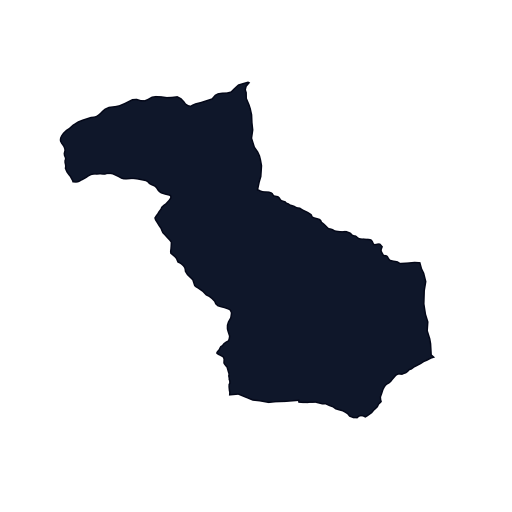 Jaray, Lhuntshi, Bhutan (Equal Earth projection), rotated 252°
{"feature_id": "84629894B50145764455889", "entity_name": "Jaray", "entity_type": "district", "adm_level": 2, "iso_a3": "BTN", "parent_name": "Bhutan", "parent_adm1": "Lhuntshi", "projection": "equal_earth", "projection_center": [91.09, 27.454], "detail": "fine", "context": "isolated", "style": "filled", "palette": "ink", "viewbox_px": 512, "rotation_deg": 252, "n_neighbors": 0, "source": "geoboundaries", "source_scale": "gbopen_adm2", "svg_char_len": 5606}
<svg xmlns="http://www.w3.org/2000/svg" viewBox="0 0 512 512"><g transform="rotate(252 256 256)"><path d="M428.6,106.8L427.3,106.1L426.4,105.8L425.4,105.7L424.4,105.9L423.2,106.1L422.4,106.4L421.1,106.8L420.1,107.1L419.1,107.3L418.0,107.3L417.3,107.4L416.3,107.2L415.6,107.1L414.7,106.6L412.8,105.4L411.4,105.1L410.7,105.0L409.7,105.1L409.0,105.2L407.6,105.1L406.7,104.7L405.5,103.8L404.7,103.6L403.8,103.3L402.3,103.2L400.5,102.9L399.2,102.4L398.4,101.9L397.7,102.0L396.7,102.0L394.2,102.3L391.1,103.3L389.1,104.1L386.8,104.5L384.2,105.0L383.2,104.9L382.4,106.7L382.1,107.5L381.8,108.7L381.7,110.2L381.8,111.0L382.0,112.0L382.3,113.2L382.4,114.4L382.7,115.9L382.9,117.0L383.2,118.4L383.5,119.5L384.0,121.1L384.2,122.1L384.4,123.4L384.5,124.7L384.3,126.2L384.1,127.1L383.9,128.1L383.5,129.1L383.2,129.8L383.0,130.6L382.7,132.0L382.5,133.0L382.2,133.8L381.7,134.8L381.4,135.5L381.1,136.3L380.8,137.1L380.6,138.4L380.7,139.2L380.4,140.6L379.9,142.0L379.5,143.3L378.4,145.3L374.2,149.8L371.6,152.2L370.4,154.0L369.5,156.5L368.8,159.4L368.4,161.2L367.7,163.4L366.1,166.9L363.0,172.5L361.6,174.9L359.5,176.5L358.0,177.0L356.2,178.7L355.0,180.1L353.8,181.4L352.4,182.2L351.2,182.7L348.8,183.3L347.1,184.1L345.4,185.4L343.1,188.6L340.7,192.5L339.9,193.3L338.7,193.4L337.5,192.9L335.7,190.6L333.3,186.3L332.7,184.2L331.4,181.4L329.9,180.2L327.9,177.3L326.4,175.7L325.3,174.0L323.4,171.7L321.4,171.7L317.5,172.7L314.9,173.3L311.6,174.3L309.4,174.4L306.9,174.7L304.3,176.0L301.3,177.3L297.7,179.0L295.4,179.8L294.2,179.4L291.3,178.3L289.1,177.4L286.8,176.3L285.0,175.9L282.4,177.5L280.5,178.7L278.1,179.7L276.2,179.8L274.3,180.0L273.1,181.4L271.5,182.7L269.2,184.0L267.0,184.7L265.2,184.6L263.2,184.2L259.5,185.1L256.1,186.9L252.9,188.6L250.7,188.6L248.7,188.6L246.8,188.6L245.4,189.4L243.6,191.0L238.8,194.6L234.4,196.7L232.1,199.1L229.3,201.0L225.7,202.8L223.0,203.0L220.5,204.4L218.6,207.1L216.8,210.0L214.2,213.4L212.8,214.8L211.5,215.0L209.6,215.2L208.3,214.6L206.4,213.7L204.8,212.8L201.8,209.5L199.0,207.5L196.1,206.5L195.1,206.3L192.8,206.2L189.4,206.2L188.0,206.2L185.9,205.2L184.9,204.5L183.8,203.7L183.3,201.0L182.5,198.5L181.1,196.4L180.6,194.5L179.5,193.3L178.3,192.2L177.3,190.5L176.4,189.2L175.7,188.8L175.0,189.2L173.9,190.1L173.0,191.1L171.2,192.8L170.2,193.7L167.9,193.9L164.2,192.5L163.1,192.7L160.8,193.5L159.3,194.2L157.0,194.1L154.1,194.0L152.1,194.0L150.4,193.1L149.6,193.0L148.0,192.8L146.9,192.4L145.4,192.5L143.2,191.9L142.1,190.8L139.9,190.0L136.4,189.2L134.4,189.0L132.1,188.1L130.2,196.5L120.0,208.5L117.2,214.8L112.9,222.8L111.5,229.4L108.8,238.7L105.6,252.0L103.8,251.7L102.4,255.1L101.4,258.2L100.9,259.4L100.4,261.9L99.3,265.3L98.7,267.5L97.9,268.7L96.6,270.8L94.9,273.5L94.0,276.6L91.2,279.6L88.7,282.8L86.1,284.6L84.1,287.5L82.0,290.7L80.0,292.6L77.7,294.5L74.8,295.6L72.2,298.8L71.0,302.3L71.9,304.1L71.9,305.9L71.3,307.8L70.2,309.3L69.2,310.2L69.6,312.1L70.7,315.6L71.3,317.5L73.2,320.5L73.9,322.2L75.2,324.8L77.3,326.8L78.4,329.2L78.9,330.0L80.9,330.1L83.5,330.7L86.2,332.8L89.8,335.4L91.5,337.1L93.1,339.1L93.8,340.8L94.3,343.3L95.2,345.4L96.6,347.4L97.9,349.6L99.4,352.1L99.8,353.8L99.8,355.3L99.1,356.9L98.5,358.3L98.7,360.2L98.7,362.3L99.4,364.4L100.6,366.6L100.6,368.8L101.7,372.0L102.0,374.2L102.5,377.0L102.9,379.4L103.9,383.0L104.1,386.2L104.9,390.9L104.9,393.7L107.8,392.0L110.7,392.8L118.6,394.9L123.5,395.6L132.0,395.7L140.2,399.0L148.2,399.1L158.6,400.8L171.1,405.3L179.2,409.5L187.8,410.1L192.7,409.4L198.9,409.7L200.8,404.9L202.4,397.8L204.3,390.6L206.7,388.6L207.7,386.8L208.6,385.0L209.9,382.9L210.5,382.0L211.5,381.5L212.8,381.1L214.4,380.8L215.2,380.5L215.8,380.0L216.4,379.0L216.9,377.7L217.4,377.2L218.2,377.2L219.3,376.9L220.7,376.7L221.5,376.5L222.5,376.6L223.5,377.0L224.6,377.8L225.8,378.8L227.2,378.2L228.7,377.6L229.4,376.6L229.7,375.0L229.8,373.6L230.3,371.7L231.2,371.3L233.9,371.0L235.5,370.4L236.1,369.7L237.0,368.0L237.6,366.3L238.1,365.0L238.9,363.3L239.1,362.3L239.8,360.8L240.8,359.1L241.7,358.4L242.6,357.8L243.4,357.4L244.3,356.6L244.8,355.5L245.9,354.0L247.0,353.4L248.3,352.9L249.4,351.7L250.5,350.3L251.2,349.5L251.8,347.8L252.2,345.8L253.1,343.4L254.7,340.0L255.7,338.3L257.3,337.0L258.6,335.2L259.5,333.5L260.5,332.8L263.5,331.3L264.6,330.7L265.5,330.2L267.0,329.2L267.8,328.6L269.5,328.5L271.0,327.8L272.3,326.0L274.2,323.1L275.5,321.6L276.4,321.3L277.8,321.3L278.6,320.9L281.4,318.6L285.1,314.7L286.5,313.5L287.9,312.4L289.0,310.1L289.8,309.0L291.5,307.5L292.9,305.6L294.1,303.8L295.5,302.9L296.4,301.7L297.4,300.8L298.5,300.4L299.8,298.5L300.8,297.2L301.8,296.6L304.1,296.0L305.6,295.1L306.7,293.1L307.6,291.5L309.4,290.8L310.2,290.7L311.3,289.9L312.7,288.0L313.8,285.2L314.5,283.3L315.2,281.9L315.7,281.2L316.6,280.0L317.4,279.3L317.9,278.7L318.5,277.9L325.3,281.8L330.1,285.1L340.1,289.1L345.9,289.9L350.1,290.2L354.4,289.7L360.0,288.0L369.4,288.1L376.9,291.8L384.1,293.3L391.6,295.4L397.8,296.0L402.0,296.0L408.8,295.4L414.4,297.1L417.4,297.1L420.5,299.0L422.9,302.9L423.7,302.1L423.9,296.8L424.0,292.2L421.8,287.3L419.6,283.0L419.9,278.7L421.2,274.2L421.9,270.1L421.4,267.0L418.9,262.8L418.9,258.5L418.9,251.1L419.3,245.6L419.0,242.3L418.5,240.1L419.9,237.8L422.3,235.8L424.9,235.0L428.7,233.2L431.7,230.3L432.7,225.2L434.1,220.1L436.6,215.0L438.5,209.9L439.1,206.2L438.2,201.7L437.9,198.2L439.3,194.3L441.8,190.8L442.8,186.8L441.5,178.3L441.0,172.6L441.4,168.7L442.7,162.1L442.2,157.8L441.0,154.9L439.5,152.0L438.6,149.8L437.9,147.3L438.0,145.0L438.7,141.8L438.7,136.8L438.7,133.2L438.4,128.4L436.9,122.5L434.9,118.0L434.0,114.6L432.2,110.9L430.3,108.4L428.6,106.8Z" fill="#0f172a" stroke="#020617" stroke-width="1.5"/></g></svg>